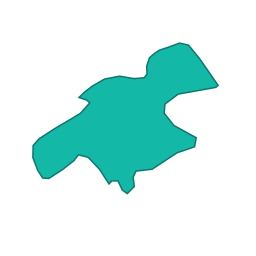 the border of East Dunbartonshire, rotated 147°
{"feature_id": "GBR-2002", "entity_name": "East Dunbartonshire", "entity_type": "Unitary District", "adm_level": 1, "iso_a3": "GBR", "parent_name": "United Kingdom", "parent_adm1": "", "projection": "natural_earth1", "projection_center": [-4.202, 55.959], "detail": "fine", "context": "isolated", "style": "filled", "palette": "teal", "viewbox_px": 256, "rotation_deg": 147, "n_neighbors": 0, "source": "natural_earth", "source_scale": "10m", "svg_char_len": 750}
<svg xmlns="http://www.w3.org/2000/svg" viewBox="0 0 256 256"><g transform="rotate(147 128 128)"><path d="M164.4,73.4L166.6,79.2L165.2,89.0L170.3,92.5L174.4,91.4L174.4,108.9L177.4,125.1L184.2,132.5L190.9,130.1L205.5,128.8L222.0,128.8L226.8,132.5L226.8,141.3L223.9,155.0L217.1,165.0L208.4,167.4L190.0,167.4L159.9,166.2L146.4,169.9L147.3,173.7L152.5,180.3L144.7,181.8L135.1,182.6L121.0,181.8L106.9,176.1L96.1,166.2L87.1,161.3L82.6,162.9L78.8,169.5L71.7,175.2L65.3,176.1L58.9,176.1L49.3,173.6L38.5,171.1L37.1,169.7L32.1,164.5L30.2,147.3L29.2,114.7L32.1,114.2L67.5,129.1L84.0,127.9L89.6,120.7L88.1,105.0L76.1,82.7L82.4,76.0L100.4,80.5L130.3,80.3L144.8,87.5L150.4,84.0L154.6,75.5L164.4,73.4Z" fill="#14b8a6" stroke="#0f766e" stroke-width="1.5"/></g></svg>